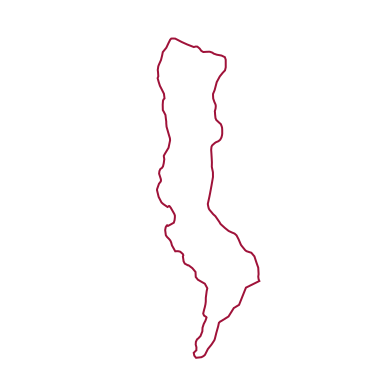 the district of Agion Oros, Ayion Oros, Greece, rotated 220°
{"feature_id": "26713481B40019078264500", "entity_name": "Agion Oros", "entity_type": "district", "adm_level": 2, "iso_a3": "GRC", "parent_name": "Greece", "parent_adm1": "Ayion Oros", "projection": "albers", "projection_center": [24.188, 40.281], "detail": "fine", "context": "isolated", "style": "outline", "palette": "rose", "viewbox_px": 384, "rotation_deg": 220, "n_neighbors": 0, "source": "geoboundaries", "source_scale": "gbopen_adm2", "svg_char_len": 2958}
<svg xmlns="http://www.w3.org/2000/svg" viewBox="0 0 384 384"><g transform="rotate(220 192 192)"><path d="M83.2,167.1L84.9,168.0L86.8,169.7L88.2,171.9L92.6,176.6L97.0,179.2L100.4,181.3L102.8,182.8L107.5,183.6L109.9,182.6L112.2,181.7L113.8,181.6L119.0,182.6L120.6,183.0L125.9,185.7L130.0,187.4L132.7,187.5L135.5,186.6L138.9,185.7L143.7,185.6L148.9,185.8L149.8,185.9L151.6,186.6L158.6,188.5L161.5,188.6L167.1,189.6L168.5,190.1L170.3,191.4L172.2,193.0L175.5,199.3L177.2,202.4L181.1,209.3L183.9,214.1L185.6,217.0L188.7,220.6L193.0,224.0L195.8,227.5L198.3,230.2L201.9,234.0L204.4,236.6L206.1,239.1L206.5,240.5L206.4,241.6L206.0,244.2L205.6,245.6L204.4,247.9L204.0,250.2L204.5,252.7L205.5,254.8L206.4,256.2L208.7,258.9L210.2,260.5L211.5,261.4L213.5,262.5L216.3,262.6L219.7,262.8L221.5,263.7L224.4,266.5L225.5,267.7L226.4,268.5L227.6,271.1L229.0,273.1L230.0,274.0L230.9,274.5L232.8,275.4L235.8,277.2L237.5,279.0L238.9,280.6L240.2,284.7L243.7,292.1L245.0,298.4L245.1,302.9L244.9,306.4L246.3,309.2L251.2,315.0L253.5,316.4L257.1,315.5L261.3,313.1L264.5,311.9L265.8,311.9L268.0,311.1L268.8,310.7L270.9,308.8L273.3,306.5L275.6,306.1L278.3,306.8L281.3,306.8L282.6,305.9L283.8,304.2L290.6,301.9L296.3,300.3L302.6,298.9L303.5,298.7L305.4,297.2L306.5,296.2L306.6,294.7L305.7,290.9L304.4,286.0L304.3,280.4L302.6,277.3L300.6,273.2L299.2,268.3L298.6,266.6L296.7,263.5L295.1,262.0L292.2,259.0L291.5,257.1L288.0,254.7L284.8,252.7L282.4,251.7L276.6,249.2L273.2,246.0L273.3,244.7L272.9,243.3L270.6,240.1L267.0,236.0L265.1,235.3L261.8,233.9L259.6,231.8L256.8,229.2L256.0,228.2L253.4,225.6L252.2,224.8L246.7,221.1L243.5,219.0L242.0,217.5L238.4,210.8L237.4,204.3L236.9,201.7L236.4,201.1L234.3,199.3L232.1,195.8L230.7,193.0L230.5,191.2L231.0,189.2L230.4,187.1L229.0,184.9L224.4,182.0L223.4,181.2L222.7,180.0L222.6,177.1L220.6,171.8L220.1,171.0L214.4,166.8L208.7,164.4L206.6,164.3L205.0,164.4L203.1,164.6L201.1,164.8L200.6,166.5L200.2,166.7L198.2,166.3L191.4,163.8L189.9,162.9L188.7,161.4L187.3,159.3L186.2,156.8L187.5,153.3L188.6,150.6L189.1,150.7L189.6,150.6L189.8,150.2L189.5,148.1L188.1,145.6L184.5,142.3L184.1,142.0L182.1,141.5L179.6,141.3L177.5,140.9L175.6,140.0L173.0,138.2L166.7,135.8L165.6,136.9L164.6,137.7L163.1,138.5L162.5,138.7L159.2,138.6L158.0,138.0L157.6,136.8L155.2,134.7L153.9,133.5L151.5,132.5L148.0,133.2L147.6,133.6L146.8,133.7L142.8,133.9L137.9,133.0L134.5,129.3L131.1,128.6L126.5,129.4L123.9,129.9L123.2,130.0L119.9,128.7L118.4,128.1L117.1,125.6L113.4,119.8L111.0,116.9L109.5,114.6L108.1,111.9L107.0,109.5L105.3,106.1L103.4,105.1L100.7,105.4L100.2,105.2L99.0,102.1L98.2,98.5L96.7,94.8L94.5,91.9L92.9,87.1L93.1,83.8L93.4,82.5L93.3,81.9L92.7,79.7L91.1,77.5L88.8,75.9L86.9,73.5L87.0,73.2L87.3,69.9L85.0,68.1L82.3,67.6L78.6,71.5L77.7,73.7L77.4,75.6L78.9,81.9L79.0,87.6L79.2,89.5L79.6,92.8L80.2,94.4L82.8,99.7L85.6,105.9L87.3,109.1L87.1,111.0L86.7,111.8L84.0,120.1L85.4,130.0L83.4,135.8L89.2,153.4L83.2,167.1Z" fill="none" stroke="#9f1239" stroke-width="2"/></g></svg>